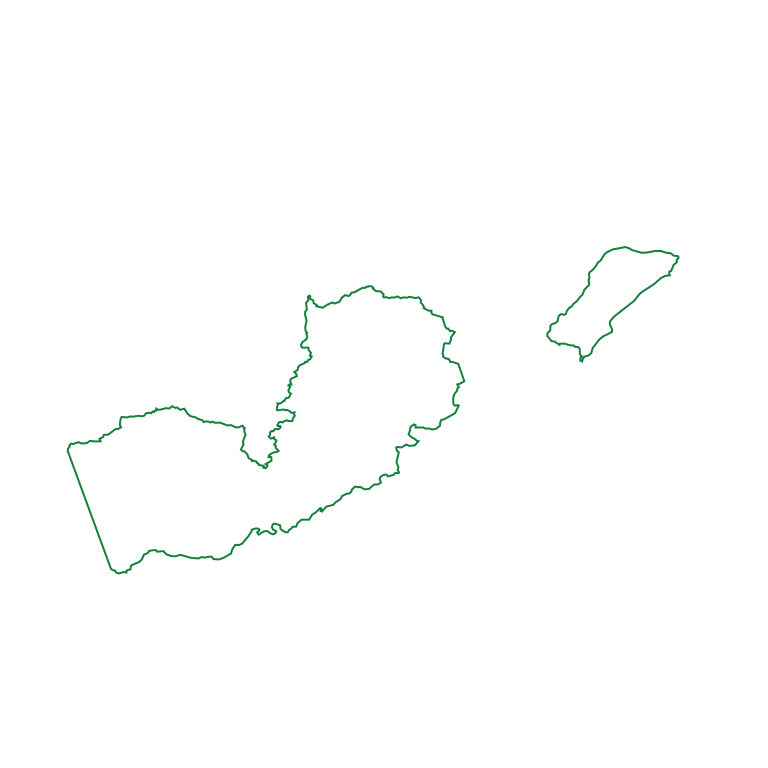 Senador José Porfírio, Pará, Brazil (Natural Earth projection), rotated 70°
{"feature_id": "56859067B45704380101234", "entity_name": "Senador José Porfírio", "entity_type": "district", "adm_level": 2, "iso_a3": "BRA", "parent_name": "Brazil", "parent_adm1": "Pará", "projection": "natural_earth1", "projection_center": [-51.783, -3.822], "detail": "fine", "context": "isolated", "style": "outline", "palette": "green", "viewbox_px": 768, "rotation_deg": 70, "n_neighbors": 0, "source": "geoboundaries", "source_scale": "gbopen_adm2", "svg_char_len": 6135}
<svg xmlns="http://www.w3.org/2000/svg" viewBox="0 0 768 768"><g transform="rotate(70 384 384)"><path d="M338.7,704.1L464.5,703.8L466.5,702.1L466.9,700.8L469.4,700.3L471.4,697.9L471.5,693.4L473.0,690.5L471.7,690.0L471.2,688.9L471.4,685.6L468.5,684.1L467.9,682.7L467.5,674.9L466.1,671.6L462.2,667.8L462.1,663.7L460.5,662.0L461.2,657.8L462.3,655.0L463.9,654.7L465.6,648.5L469.6,646.8L472.6,643.3L474.5,639.3L474.9,633.7L481.8,624.2L484.5,617.7L484.2,614.8L485.6,612.3L486.7,606.5L487.5,604.9L490.2,604.1L492.5,598.9L492.4,593.8L491.0,585.7L487.3,583.0L484.3,578.8L485.7,575.4L485.5,571.8L480.7,563.6L477.4,559.1L475.7,558.1L475.9,553.7L477.1,551.4L478.3,550.9L479.2,551.5L479.9,553.9L482.7,553.3L481.5,547.3L481.9,544.9L482.4,543.8L486.1,541.4L487.4,539.1L486.8,536.7L485.6,535.6L482.8,538.0L480.4,538.3L478.6,537.3L477.6,535.8L478.0,534.2L481.3,529.9L484.8,530.8L487.4,529.3L489.7,527.0L490.4,525.1L488.8,523.2L488.1,520.4L486.9,519.0L488.0,515.4L485.2,512.9L483.3,507.8L485.9,500.7L482.3,496.4L481.5,492.6L478.9,486.6L479.0,485.8L480.1,485.6L481.6,487.0L482.6,486.0L479.5,480.2L480.2,473.0L478.7,470.2L477.3,464.1L475.1,462.1L474.3,456.9L475.0,454.3L474.1,451.6L472.1,450.1L470.5,446.3L472.1,443.9L472.6,441.4L476.2,438.6L477.5,434.0L475.1,427.7L476.4,423.3L475.5,420.6L471.5,420.5L470.2,419.1L469.4,416.6L469.5,413.8L470.3,412.4L471.9,412.1L472.2,411.4L472.7,406.1L471.4,403.7L472.8,401.0L472.2,400.1L469.5,400.6L467.1,398.9L461.7,399.0L453.2,393.4L451.2,394.7L447.9,394.3L447.8,392.6L449.5,389.5L448.6,383.6L450.7,381.6L452.2,376.0L449.5,371.2L448.8,372.5L446.3,373.7L443.5,376.3L439.7,378.1L436.2,375.2L434.2,374.4L433.0,372.8L432.3,369.4L433.5,368.4L435.7,369.2L438.3,361.9L440.0,360.5L441.2,357.0L443.3,354.1L443.9,350.1L442.3,345.6L439.2,344.2L437.5,342.6L437.7,339.2L435.7,327.1L429.9,321.2L429.3,321.5L428.4,325.0L427.5,325.5L425.2,325.3L420.0,323.4L416.9,320.5L415.4,317.6L413.2,316.6L412.5,314.7L409.5,315.3L409.7,312.5L408.9,307.6L390.5,307.3L386.4,312.5L385.9,314.3L382.9,314.4L380.9,317.4L378.6,319.1L377.3,318.4L375.8,318.7L366.8,313.8L366.6,312.8L368.4,308.7L365.7,306.2L362.8,304.8L359.5,299.7L357.2,301.8L357.0,303.7L353.8,304.8L353.4,306.2L351.0,306.8L342.9,306.5L341.6,305.9L335.1,314.6L333.3,315.1L331.3,314.4L330.5,316.8L326.3,320.7L325.9,320.1L323.1,320.4L320.0,321.6L318.0,320.6L314.5,321.6L314.0,325.0L310.7,330.4L310.8,333.0L309.3,335.8L309.2,339.0L306.4,341.3L306.3,344.6L305.1,347.7L305.2,349.8L303.1,352.2L302.6,354.5L301.3,354.9L299.8,353.7L296.0,355.4L293.8,359.9L290.6,361.9L290.1,361.2L288.4,361.8L286.9,364.4L287.1,366.0L286.5,366.9L287.2,369.0L286.3,371.4L287.7,380.6L287.1,383.1L289.2,386.2L289.1,387.3L287.2,390.2L288.5,394.3L291.1,397.1L291.6,398.7L291.4,403.1L289.8,404.5L290.1,410.2L291.4,415.5L287.8,420.9L286.8,420.2L283.9,422.4L281.3,421.9L278.5,424.4L276.4,423.3L275.7,423.5L275.5,424.5L275.9,425.7L279.4,426.4L281.0,429.5L287.5,430.9L289.2,433.3L291.8,434.5L297.9,435.1L304.0,438.8L307.7,439.5L309.7,438.7L310.3,439.8L313.0,439.8L315.3,441.4L316.8,446.4L319.3,448.9L321.9,448.4L323.9,442.7L326.4,443.1L329.8,442.0L332.0,444.0L333.4,442.6L335.4,444.8L335.6,447.2L337.1,448.7L336.2,450.3L337.3,451.4L337.5,456.7L339.0,459.1L341.3,460.4L342.1,464.2L344.5,463.0L346.8,463.2L347.3,469.5L348.6,471.0L352.8,471.3L352.1,472.7L352.6,474.2L354.4,473.1L357.2,476.0L359.7,476.0L361.2,474.8L364.2,478.0L364.2,479.6L363.7,480.2L364.7,482.6L365.9,483.4L365.6,484.2L366.8,487.7L365.9,490.7L366.9,490.3L368.4,492.0L371.7,493.6L372.3,493.2L373.6,487.1L375.0,485.5L375.2,483.8L377.3,481.9L379.1,481.3L380.2,477.8L381.2,479.2L383.3,478.6L384.3,480.4L387.5,482.9L386.0,486.7L384.9,487.5L384.8,490.4L385.5,492.4L384.4,493.4L384.0,495.6L386.3,498.4L387.1,498.2L388.0,495.9L389.4,496.0L390.4,498.8L389.0,501.7L390.5,504.4L389.7,505.9L390.7,507.7L393.0,508.4L393.9,510.3L396.6,509.1L396.5,505.6L398.3,506.0L399.9,504.5L401.1,504.8L403.3,507.9L405.1,506.9L406.9,507.6L410.8,505.9L411.3,508.1L410.5,511.9L411.5,516.4L413.2,517.5L413.6,515.4L414.2,514.9L417.6,516.0L418.8,522.5L420.4,521.3L421.2,521.6L422.7,524.0L421.3,526.0L420.2,524.9L419.6,525.3L417.2,529.4L416.1,529.1L414.6,530.4L413.4,530.3L411.4,532.8L411.4,534.3L410.0,534.2L407.3,536.6L403.1,536.5L399.3,538.4L398.8,539.8L396.6,540.9L393.6,537.5L391.9,536.4L390.0,536.4L384.2,531.4L380.6,531.5L377.7,530.0L377.4,530.8L375.3,530.9L374.7,531.4L375.1,534.8L374.2,537.9L370.4,541.7L369.2,545.6L364.3,551.1L362.6,556.1L360.7,558.1L360.9,560.2L359.6,561.2L358.4,563.6L358.0,566.7L355.8,567.1L353.1,570.9L351.3,572.0L348.0,576.9L344.9,578.7L338.9,580.1L338.5,584.5L335.3,586.4L335.0,588.4L332.4,590.7L333.6,594.0L332.1,597.4L331.6,603.0L330.8,605.2L329.3,606.3L331.1,607.1L330.6,608.6L331.7,609.6L330.8,610.7L331.8,612.8L331.0,613.8L330.1,617.6L331.7,620.0L331.8,621.7L329.8,626.0L328.8,631.2L327.8,633.0L327.5,636.9L325.3,641.8L326.6,643.4L332.2,646.2L334.8,645.9L335.3,649.2L334.5,651.4L337.2,660.4L336.0,664.7L337.7,666.1L338.3,670.1L340.9,669.9L339.2,675.2L336.9,679.5L337.8,683.3L337.5,685.3L336.3,688.7L334.2,690.9L334.1,696.6L333.0,698.5L334.1,700.6L334.9,700.4L336.9,703.2L338.7,704.1ZM402.6,150.3L399.4,145.0L391.4,120.4L386.9,113.3L385.8,110.3L382.6,96.4L379.2,87.5L378.6,82.8L379.6,78.2L377.9,78.3L375.9,77.4L376.0,75.5L371.2,71.2L369.7,67.2L367.5,66.5L366.0,63.9L364.3,64.2L362.5,67.9L359.1,69.9L356.9,74.3L353.8,78.2L351.7,83.8L350.5,91.4L348.8,97.0L343.2,104.8L339.8,107.8L337.9,110.4L335.8,122.8L336.5,129.7L337.5,132.5L342.1,138.2L343.1,141.6L345.6,144.4L348.2,149.0L349.3,152.5L350.7,153.8L354.1,154.6L356.6,156.3L360.9,157.1L364.0,163.5L368.2,167.2L368.9,169.4L372.0,174.1L373.6,178.9L375.3,181.0L375.7,183.6L377.7,187.0L380.4,189.3L380.7,190.7L378.8,193.9L379.9,196.6L384.5,199.5L385.4,202.2L385.2,205.7L386.2,207.7L390.5,209.5L392.2,213.0L394.7,214.1L401.1,211.9L402.2,209.4L407.2,205.7L406.3,205.2L406.5,204.2L407.9,200.5L411.2,196.0L412.8,192.4L414.2,192.0L416.0,188.6L418.1,188.1L422.7,189.7L424.9,189.4L425.7,188.5L427.1,190.7L429.1,191.5L430.5,190.1L428.4,188.6L426.9,186.2L427.1,182.0L425.9,178.7L421.7,175.7L415.8,166.4L414.2,161.8L413.1,152.0L410.7,151.0L405.1,151.4L402.6,150.3Z" fill="none" stroke="#15803d" stroke-width="2"/></g></svg>